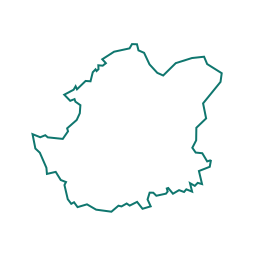 Demir Kapija, Demir Kapija, North Macedonia (Equal Earth projection), rotated 17°
{"feature_id": "65306769B1402835444879", "entity_name": "Demir Kapija", "entity_type": "district", "adm_level": 2, "iso_a3": "MKD", "parent_name": "North Macedonia", "parent_adm1": "Demir Kapija", "projection": "equal_earth", "projection_center": [22.242, 41.393], "detail": "fine", "context": "isolated", "style": "outline", "palette": "teal", "viewbox_px": 256, "rotation_deg": 17, "n_neighbors": 0, "source": "geoboundaries", "source_scale": "gbopen_adm2", "svg_char_len": 1226}
<svg xmlns="http://www.w3.org/2000/svg" viewBox="0 0 256 256"><g transform="rotate(17 128 128)"><path d="M199.9,96.0L192.6,82.5L203.0,56.9L201.6,48.2L185.0,43.7L179.9,37.6L168.7,42.4L154.7,52.0L146.3,67.5L139.9,66.7L130.0,60.9L121.4,51.4L115.3,50.7L112.1,45.3L107.3,46.6L106.2,51.4L92.4,59.1L83.3,69.8L87.9,72.5L85.6,75.8L81.3,76.7L82.6,80.4L81.3,82.7L79.8,81.4L78.0,85.0L78.5,94.3L73.7,95.4L67.9,105.9L65.7,103.4L64.8,107.3L57.3,114.8L64.8,118.9L68.4,116.0L70.0,118.2L75.8,120.1L77.6,128.0L76.6,135.3L69.9,146.1L71.6,148.7L68.8,157.5L54.0,160.4L51.0,159.1L46.8,162.5L38.5,161.8L45.4,174.7L50.9,177.4L61.6,189.9L63.9,195.6L71.7,191.1L78.9,197.4L84.5,197.8L83.9,201.1L91.2,213.7L95.9,217.1L98.1,214.8L102.9,218.4L111.1,213.0L121.4,215.4L136.6,212.9L141.6,205.1L144.7,204.9L148.8,200.6L152.3,201.7L158.3,196.0L165.5,201.0L172.6,196.3L167.6,190.6L167.6,183.5L171.1,182.5L174.9,184.5L183.5,179.7L184.5,177.1L182.8,174.5L184.0,173.6L190.2,177.7L195.0,172.5L200.3,172.8L201.7,169.6L207.9,170.1L203.4,162.6L208.8,163.8L210.7,160.1L215.2,160.0L208.4,148.4L217.5,141.2L216.8,135.1L216.0,135.0L213.5,136.8L206.4,130.4L199.9,131.7L195.3,128.1L196.8,119.9L193.3,107.8L199.9,96.0Z" fill="none" stroke="#0f766e" stroke-width="2"/></g></svg>